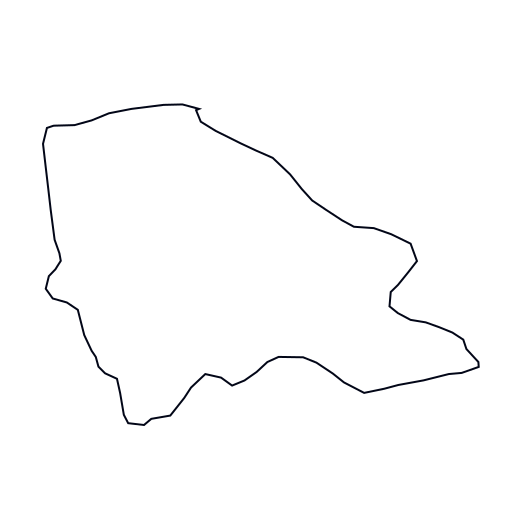 Sunne, Värmland, Sweden, rotated 175°
{"feature_id": "70781695B71435448631031", "entity_name": "Sunne", "entity_type": "district", "adm_level": 2, "iso_a3": "SWE", "parent_name": "Sweden", "parent_adm1": "Värmland", "projection": "robinson", "projection_center": [13.058, 59.895], "detail": "fine", "context": "isolated", "style": "outline", "palette": "ink", "viewbox_px": 512, "rotation_deg": 175, "n_neighbors": 0, "source": "geoboundaries", "source_scale": "gbopen_adm2", "svg_char_len": 1173}
<svg xmlns="http://www.w3.org/2000/svg" viewBox="0 0 512 512"><g transform="rotate(175 256 256)"><path d="M43.8,126.1L43.7,131.0L54.5,145.0L56.8,154.6L67.0,162.6L79.5,169.0L92.7,175.1L107.6,178.9L119.6,186.7L127.4,194.2L124.9,208.4L117.1,214.8L105.7,226.6L96.1,236.9L100.9,254.8L119.4,265.9L136.2,273.5L155.9,276.6L167.1,284.0L182.1,295.8L195.2,306.4L204.6,318.8L214.9,334.3L230.8,352.3L246.7,361.0L261.7,369.7L285.2,384.1L299.3,394.6L303.0,406.5L299.9,407.5L316.1,413.4L334.8,414.6L367.2,413.4L390.0,411.0L408.0,405.4L425.4,402.2L445.3,403.4L446.5,403.4L453.1,401.8L458.4,386.3L457.8,365.2L457.1,341.5L456.5,319.8L455.2,289.7L451.6,275.8L450.9,268.2L454.6,263.4L456.9,260.3L464.1,254.0L468.3,241.7L462.2,231.4L448.5,226.2L438.2,217.9L434.0,192.2L428.0,175.9L424.4,169.4L422.6,159.5L416.6,152.3L405.2,145.8L403.3,131.3L401.5,109.3L397.9,100.6L382.3,97.4L374.5,102.9L355.3,104.5L339.9,120.8L332.2,130.6L316.8,142.8L301.4,137.9L291.1,129.0L278.3,133.0L265.5,140.4L253.9,149.4L242.3,153.5L217.9,151.0L205.1,144.5L189.7,132.2L179.4,122.4L160.2,110.2L139.7,112.6L125.5,115.1L99.9,117.5L74.2,121.6L61.3,121.6L43.8,126.1Z" fill="none" stroke="#020617" stroke-width="2"/></g></svg>